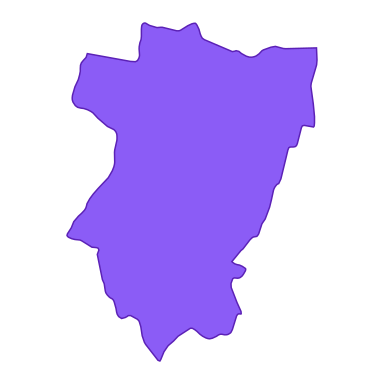 SVG path tracing the border of Tucumán
{"feature_id": "ARG-1305", "entity_name": "Tucumán", "entity_type": "Province", "adm_level": 1, "iso_a3": "ARG", "parent_name": "Argentina", "parent_adm1": "", "projection": "robinson", "projection_center": [-65.419, -27.064], "detail": "fine", "context": "isolated", "style": "filled", "palette": "violet", "viewbox_px": 384, "rotation_deg": 0, "n_neighbors": 0, "source": "natural_earth", "source_scale": "10m", "svg_char_len": 3225}
<svg xmlns="http://www.w3.org/2000/svg" viewBox="0 0 384 384"><path d="M145.0,23.0L145.9,23.3L148.9,25.1L149.8,25.5L157.0,27.6L160.4,27.3L162.4,27.3L176.7,30.8L178.6,30.8L179.7,30.6L180.6,30.2L187.8,25.7L191.9,23.8L194.0,23.3L195.4,23.3L196.0,23.8L196.5,24.5L197.0,25.2L199.0,29.4L200.2,33.8L201.1,36.1L202.3,38.2L204.4,39.7L232.3,51.6L234.7,51.2L236.1,50.7L238.9,51.4L241.4,53.5L246.3,56.2L249.3,57.1L251.2,57.2L252.4,57.1L254.2,56.7L255.8,56.1L256.5,55.7L259.1,53.8L261.9,50.8L263.4,49.9L270.9,47.2L275.4,46.4L283.3,48.5L285.7,48.7L316.5,47.9L317.0,60.0L316.6,64.9L311.3,83.0L311.0,85.0L310.9,86.5L313.3,104.0L314.5,116.6L314.5,122.9L314.2,126.0L313.5,127.0L304.3,125.4L302.4,125.8L301.4,127.7L297.3,143.7L296.5,145.5L295.6,146.4L294.9,146.7L293.1,147.0L291.1,147.0L290.0,147.1L288.8,147.7L287.9,150.0L286.0,157.9L280.9,178.9L278.7,183.6L277.9,183.9L277.0,184.4L276.1,185.4L274.8,187.2L274.0,188.8L273.5,190.2L271.4,199.9L269.6,207.2L265.2,219.0L262.6,222.8L261.9,223.9L258.7,233.8L257.7,235.4L256.8,236.4L253.3,237.0L251.8,238.0L249.9,239.9L243.0,248.9L240.9,250.6L231.9,261.6L232.4,262.2L234.7,263.8L237.0,264.6L239.6,265.1L242.4,266.4L245.2,268.3L245.6,268.7L245.7,269.7L245.6,270.1L245.3,271.0L243.5,274.1L242.5,275.5L242.0,276.1L240.6,277.2L240.0,277.6L239.3,277.9L238.4,278.1L237.5,278.2L234.4,277.9L233.4,278.3L232.7,278.8L231.0,283.5L231.2,287.5L237.0,302.5L241.0,311.4L241.2,313.8L240.5,314.0L238.8,313.8L237.6,314.4L236.6,315.9L232.4,329.5L231.0,332.3L230.5,332.9L229.3,333.7L227.8,334.5L226.1,334.8L224.5,334.8L222.1,334.3L221.1,334.2L220.2,334.3L218.5,334.9L216.5,336.3L212.4,338.2L209.7,338.8L208.0,338.6L205.8,337.9L202.6,336.2L199.9,334.2L196.9,331.3L194.8,329.7L192.6,328.4L191.3,328.2L190.3,328.3L178.1,336.2L173.6,341.0L168.8,345.1L167.9,346.0L164.3,351.3L164.0,351.7L160.8,359.5L159.9,361.0L158.0,360.3L145.7,344.5L144.4,342.3L142.2,335.8L140.8,326.7L139.3,321.7L138.7,320.6L137.3,319.2L130.7,315.6L128.3,315.6L127.1,316.5L125.3,317.5L121.6,318.5L118.7,316.6L118.1,315.7L117.2,314.2L116.6,312.1L116.0,308.4L114.1,301.6L113.3,300.0L112.4,299.0L110.4,297.9L109.2,297.0L107.3,295.0L106.4,293.7L105.8,292.7L105.3,291.0L104.2,283.7L102.4,279.6L97.3,254.4L98.8,250.3L98.7,249.4L98.1,248.2L97.1,247.8L96.3,247.6L91.9,247.2L81.5,240.7L79.9,240.0L74.9,239.5L71.7,238.7L68.8,237.4L67.6,236.5L67.0,235.5L67.2,234.6L67.5,233.7L71.3,227.8L73.8,221.6L78.5,216.1L81.5,213.4L84.5,210.2L85.5,208.6L85.9,207.8L86.5,205.9L87.0,203.7L89.8,198.7L93.3,194.0L98.2,188.4L108.3,177.7L112.3,170.8L113.9,166.7L114.5,164.1L114.7,162.1L114.5,152.3L114.7,150.1L116.9,140.3L117.0,138.8L117.0,136.7L116.9,135.0L116.7,133.7L116.3,132.9L116.0,132.1L115.1,130.8L114.5,130.2L113.9,129.6L107.4,126.4L97.9,118.2L92.9,112.8L90.7,111.3L87.5,109.7L83.8,108.5L80.8,108.1L77.6,107.3L75.3,105.6L73.0,102.1L72.3,99.9L72.2,97.9L72.5,95.2L74.9,86.9L78.3,79.6L79.6,74.9L80.3,71.3L80.3,68.6L80.5,65.2L81.4,62.8L83.5,60.2L85.1,58.5L86.1,57.4L87.3,53.6L130.4,61.4L135.4,61.7L136.2,61.3L137.3,60.7L137.9,59.9L138.5,58.8L139.0,57.8L139.3,56.7L139.5,55.7L139.5,54.6L139.1,48.9L139.2,46.6L139.9,42.8L141.1,39.4L141.4,36.3L141.4,29.1L141.6,26.8L141.9,25.2L142.4,24.4L143.1,23.6L144.1,23.1L145.0,23.0Z" fill="#8b5cf6" stroke="#5b21b6" stroke-width="1.5"/></svg>